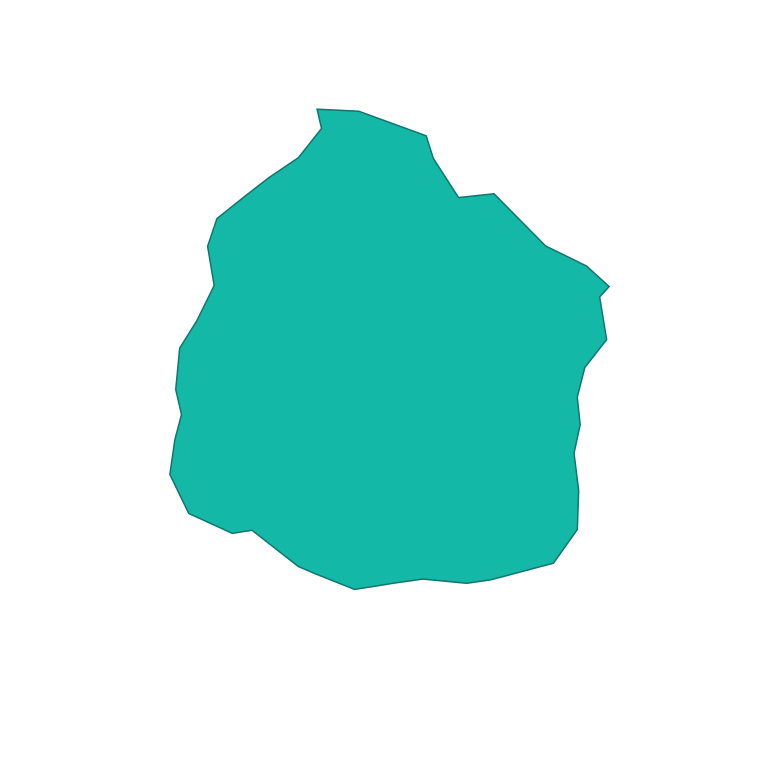 Strömstad, Västra Götaland, Sweden (Natural Earth projection), rotated 227°
{"feature_id": "70781695B73142432831902", "entity_name": "Strömstad", "entity_type": "district", "adm_level": 2, "iso_a3": "SWE", "parent_name": "Sweden", "parent_adm1": "Västra Götaland", "projection": "natural_earth1", "projection_center": [11.302, 58.97], "detail": "fine", "context": "isolated", "style": "filled", "palette": "teal", "viewbox_px": 768, "rotation_deg": 227, "n_neighbors": 0, "source": "geoboundaries", "source_scale": "gbopen_adm2", "svg_char_len": 675}
<svg xmlns="http://www.w3.org/2000/svg" viewBox="0 0 768 768"><g transform="rotate(227 384 384)"><path d="M630.6,522.5L613.5,512.6L607.9,475.8L613.4,440.8L616.1,411.4L618.9,374.6L605.0,348.9L571.8,326.9L557.9,290.2L549.6,259.1L522.0,227.9L499.8,215.1L486.0,193.2L463.9,165.7L422.4,152.9L378.2,171.2L367.1,187.7L309.1,196.8L292.5,204.1L253.8,222.4L231.6,255.4L215.0,279.2L181.8,308.6L167.9,328.7L137.4,385.7L145.7,426.1L173.3,453.7L203.8,475.8L220.4,499.7L242.5,516.3L259.1,542.1L264.6,577.1L300.6,601.1L301.7,615.1L332.0,612.6L374.8,596.3L448.1,594.2L469.5,565.7L515.3,573.9L536.7,584.1L600.8,551.5L630.6,522.5Z" fill="#14b8a6" stroke="#0f766e" stroke-width="1.5"/></g></svg>